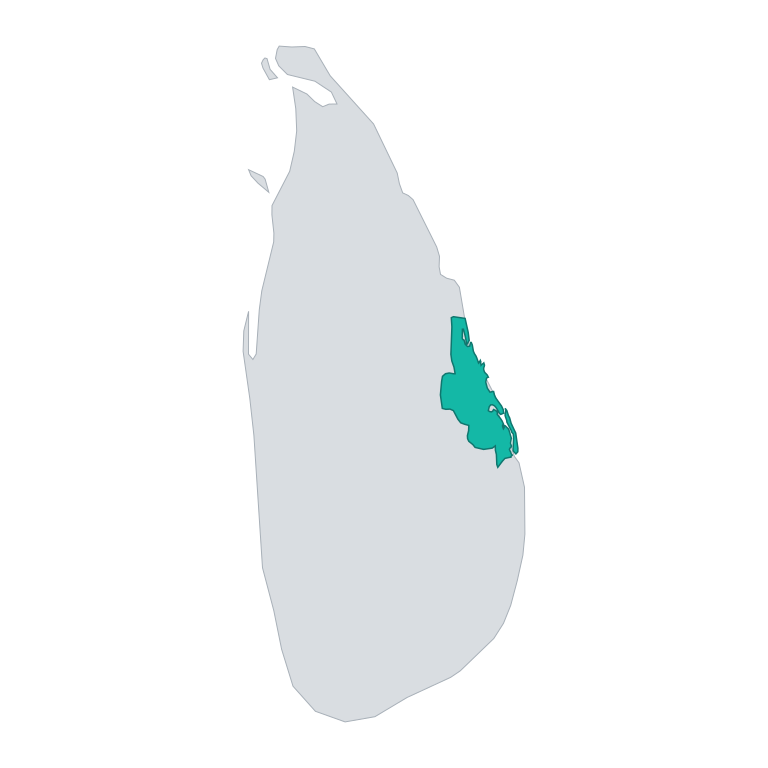 where Maḍakalapuva sits in Sri Lanka
{"feature_id": "LKA-2452", "entity_name": "Maḍakalapuva", "entity_type": "District", "adm_level": 1, "iso_a3": "LKA", "parent_name": "Sri Lanka", "parent_adm1": "", "projection": "equal_earth", "projection_center": [81.59, 7.833], "detail": "fine", "context": "in_parent", "style": "filled", "palette": "teal", "viewbox_px": 768, "rotation_deg": 0, "n_neighbors": 0, "source": "natural_earth", "source_scale": "10m", "svg_char_len": 3522}
<svg xmlns="http://www.w3.org/2000/svg" viewBox="0 0 768 768"><path d="M279.2,46.1L291.7,47.0L305.0,46.5L314.3,48.9L330.2,75.8L373.6,124.0L397.2,173.0L399.4,183.7L402.7,192.9L408.3,195.5L413.1,199.7L436.7,247.0L439.5,256.4L439.1,266.7L440.5,274.4L446.6,278.2L454.3,280.2L459.4,287.3L465.8,325.1L465.8,336.9L467.6,342.0L497.4,400.8L499.1,408.0L498.8,413.3L499.7,418.0L505.4,428.4L514.4,456.4L519.0,462.8L524.5,487.3L524.9,534.2L522.9,555.1L517.3,580.5L510.7,605.4L503.5,623.3L493.8,638.5L460.3,670.8L450.7,677.3L407.0,697.5L374.9,716.7L345.1,721.9L315.4,711.3L293.0,686.2L281.6,649.2L273.8,610.6L262.5,567.7L253.9,435.4L249.8,398.4L243.1,351.3L243.8,330.9L248.6,311.3L248.5,354.2L252.9,359.5L256.2,354.0L259.3,309.6L261.8,290.8L273.7,241.9L273.9,233.2L271.9,214.8L272.0,205.6L289.7,171.3L294.3,151.3L296.7,130.9L295.8,108.8L292.6,87.1L306.9,94.0L314.7,101.6L322.7,106.7L329.1,104.1L337.0,104.0L331.4,92.1L314.9,81.2L287.4,74.5L278.8,65.9L275.5,58.4L277.2,49.6L279.2,46.1ZM265.1,179.1L268.8,192.3L258.1,183.3L251.1,175.8L248.6,169.7L263.1,176.5L265.1,179.1ZM277.5,77.8L269.4,79.7L263.0,68.1L261.5,63.2L263.2,59.7L264.9,58.0L267.0,58.6L270.1,69.4L277.5,77.8Z" fill="#d9dde1" stroke="#a8b0b8" stroke-width="1"/><path d="M465.1,318.4L465.5,320.2L468.2,332.4L469.2,340.4L466.8,344.7L466.8,344.8L465.5,337.5L465.3,336.5L463.4,329.2L462.4,329.2L462.3,334.8L462.4,336.5L462.2,337.0L462.2,337.8L462.4,338.9L462.9,339.6L464.0,340.0L464.2,340.6L465.2,344.2L467.5,346.5L469.7,346.2L470.5,342.5L471.3,342.5L472.1,344.5L472.3,345.0L473.4,351.3L474.5,353.8L475.9,355.9L476.8,358.0L478.5,362.9L479.1,362.0L479.9,361.2L480.3,360.4L480.9,362.0L480.3,362.9L480.6,363.5L480.8,363.9L480.9,364.0L481.0,364.4L481.1,365.2L481.8,364.4L483.1,363.6L483.8,362.9L484.1,363.9L484.5,365.1L484.2,366.5L483.7,367.9L483.7,369.0L483.8,370.1L484.7,372.4L486.3,374.0L487.3,375.1L488.3,377.2L487.7,377.3L487.4,377.5L487.0,377.9L486.7,378.1L486.5,378.3L486.1,380.2L485.7,382.1L487.3,388.1L488.1,389.4L490.0,392.2L492.7,391.5L493.6,391.5L494.5,395.2L495.5,397.5L495.9,398.2L501.5,406.0L503.3,409.8L503.6,413.2L500.7,414.4L499.4,413.2L496.2,407.7L494.5,405.8L492.3,404.7L492.1,404.8L490.6,404.9L489.2,406.8L488.3,410.7L489.8,411.6L491.3,411.9L492.6,411.3L493.6,409.5L495.1,410.2L496.6,411.2L497.0,411.9L497.4,412.5L497.2,414.4L498.9,416.5L500.6,418.7L502.0,420.8L503.4,423.9L502.7,425.0L502.5,426.0L502.8,427.2L503.4,428.8L504.2,427.5L503.7,425.1L505.2,425.8L508.3,428.8L509.0,430.2L511.4,438.4L511.2,438.7L510.5,443.1L510.6,443.6L511.2,445.4L511.4,446.1L510.9,447.3L509.9,448.2L509.4,449.3L510.0,450.9L510.7,452.0L510.9,452.9L510.9,453.0L511.3,454.0L512.3,455.1L510.9,456.5L511.0,457.1L508.5,457.6L504.9,458.4L502.3,461.3L497.8,467.3L496.8,464.5L496.4,454.5L495.4,450.3L495.3,445.9L492.3,448.1L483.6,449.4L475.1,447.4L472.9,444.6L468.8,441.3L467.6,438.7L467.4,435.7L468.6,430.7L468.8,425.4L464.7,424.3L460.7,422.8L457.9,419.2L453.4,410.6L450.0,409.1L445.8,409.3L442.3,408.4L440.4,394.9L441.6,381.4L442.5,376.3L445.5,373.7L449.2,373.0L453.9,373.8L455.1,373.7L454.0,367.2L451.8,360.9L450.9,354.4L451.9,326.9L451.3,317.7L453.4,316.7L465.1,318.4ZM506.9,422.2L506.7,420.3L506.2,418.9L505.6,417.2L505.1,415.5L505.2,413.6L505.6,412.0L505.8,410.3L505.1,408.3L506.8,410.5L508.4,415.5L509.6,417.8L509.9,418.8L511.1,423.2L514.2,429.9L515.7,433.0L517.9,448.3L517.8,451.8L515.9,453.9L514.1,452.0L513.5,451.2L513.2,450.8L513.2,450.0L513.1,449.1L513.1,448.7L513.6,437.7L513.2,433.9L511.8,432.3L511.3,430.7L506.9,422.2Z" fill="#14b8a6" stroke="#0f766e" stroke-width="1.5"/></svg>